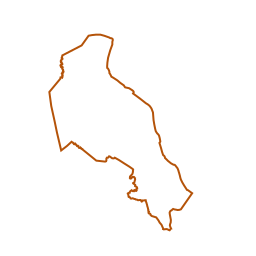 the district of Pakxane, Bolikhamxai, Laos, rotated 219°
{"feature_id": "54806243B37917799339304", "entity_name": "Pakxane", "entity_type": "district", "adm_level": 2, "iso_a3": "LAO", "parent_name": "Laos", "parent_adm1": "Bolikhamxai", "projection": "mercator", "projection_center": [103.742, 18.405], "detail": "fine", "context": "isolated", "style": "outline", "palette": "amber", "viewbox_px": 256, "rotation_deg": 219, "n_neighbors": 0, "source": "geoboundaries", "source_scale": "gbopen_adm2", "svg_char_len": 5140}
<svg xmlns="http://www.w3.org/2000/svg" viewBox="0 0 256 256"><g transform="rotate(219 128 128)"><path d="M36.7,70.8L36.8,71.3L34.6,73.6L33.6,74.1L32.1,74.4L31.3,74.7L31.3,75.6L31.4,76.9L31.3,77.0L32.8,77.7L34.2,78.7L34.7,79.6L35.4,81.5L36.8,83.5L41.6,87.6L42.5,88.6L42.7,89.4L42.8,90.3L42.7,90.7L42.4,91.2L42.3,91.4L42.2,92.7L42.0,93.5L40.8,93.9L39.2,94.8L37.8,95.5L36.6,96.7L35.7,98.1L37.1,117.7L42.3,117.4L43.2,117.0L48.4,118.7L51.6,119.9L54.4,121.2L55.8,122.1L57.7,123.6L60.1,125.3L61.2,126.0L61.8,126.5L63.5,127.5L64.3,127.9L67.8,128.7L68.2,128.7L68.6,128.7L68.8,128.6L69.5,128.1L72.4,127.6L76.5,127.6L77.9,127.8L80.4,128.0L80.9,128.5L81.9,129.0L82.5,129.1L83.7,129.1L86.4,130.8L89.7,133.2L94.2,136.2L94.2,136.9L94.3,137.7L95.0,138.4L97.0,140.1L99.1,141.6L99.9,141.9L100.6,142.1L101.5,142.1L102.7,142.4L104.4,143.0L106.3,144.4L109.7,147.2L113.1,150.2L118.4,155.8L122.0,157.9L123.6,158.4L125.3,158.8L127.6,158.8L129.6,158.5L136.8,158.4L144.0,158.1L145.8,158.0L146.0,159.3L146.4,159.7L147.2,160.0L148.7,160.0L152.2,159.6L152.8,159.3L155.8,157.8L156.7,158.0L158.0,158.5L162.5,158.2L166.2,158.3L170.9,157.8L172.4,157.6L173.1,157.4L175.2,158.4L176.3,158.8L176.9,158.9L178.1,160.2L179.3,160.9L180.9,161.6L182.0,161.6L183.1,162.9L185.2,165.9L187.7,170.1L190.7,177.2L192.7,183.0L194.4,185.1L195.2,186.9L196.1,187.5L197.2,187.4L198.3,186.7L199.6,186.5L204.4,184.8L208.3,183.1L211.4,180.6L214.5,177.5L216.7,174.9L216.0,163.0L224.7,143.1L224.0,141.9L223.9,141.1L223.7,140.8L223.6,140.7L223.6,141.1L223.4,141.1L223.0,140.8L222.6,140.7L222.4,140.4L222.6,140.1L222.7,139.8L222.7,139.7L222.5,139.3L222.5,139.1L222.6,138.9L222.5,138.7L222.6,138.4L222.4,138.2L222.4,137.9L222.2,137.8L221.8,137.8L221.7,137.7L221.8,137.5L222.0,137.3L221.9,137.2L221.7,137.2L221.4,137.0L221.4,136.8L221.3,136.7L220.8,136.8L220.3,136.9L220.0,136.9L219.7,136.7L219.7,136.1L219.3,136.1L219.2,136.1L219.2,135.9L219.4,135.7L219.4,135.2L219.8,134.9L220.0,134.6L220.0,134.3L219.7,133.9L219.2,133.9L218.9,133.8L218.6,133.5L218.5,133.4L218.3,133.6L218.1,134.1L217.7,134.1L218.2,133.4L218.1,133.2L217.4,133.2L217.3,133.3L217.2,133.6L216.8,133.5L216.7,133.3L216.5,133.1L216.3,132.6L215.9,132.5L215.2,132.5L215.1,132.4L214.7,131.7L214.1,131.6L213.8,131.5L213.5,131.1L213.4,130.8L213.5,130.6L213.8,130.6L214.0,130.3L213.8,129.9L213.3,129.7L213.4,129.4L213.7,129.3L213.8,129.1L213.8,128.8L213.7,128.6L213.2,128.6L213.0,128.4L212.7,128.3L212.6,128.1L212.2,128.1L212.0,127.9L212.2,127.5L212.1,127.2L211.6,126.9L211.5,126.7L211.1,126.6L211.0,126.3L211.2,126.0L211.0,125.7L211.7,125.5L212.2,125.0L212.3,124.9L211.8,124.0L211.6,123.8L211.8,106.5L201.5,96.8L189.2,87.0L180.4,79.8L165.8,68.5L164.1,75.7L163.2,81.8L161.9,81.8L161.5,82.0L161.0,81.8L160.7,81.9L160.3,81.6L160.1,81.5L159.8,81.7L159.5,81.6L159.4,81.7L159.5,81.8L159.4,81.9L159.1,82.0L159.2,82.3L159.2,82.6L158.7,82.5L158.4,82.5L158.2,82.5L158.1,82.3L158.2,82.2L157.9,82.2L157.2,82.3L156.9,82.2L156.3,81.9L156.2,82.0L156.1,82.4L156.0,82.5L155.9,82.6L155.6,82.5L155.4,82.6L155.3,82.4L154.6,82.2L154.4,82.0L154.1,82.1L153.7,81.8L153.5,82.0L153.2,82.0L153.0,82.3L152.8,82.4L152.5,82.4L152.2,82.5L151.8,82.7L151.7,82.8L151.8,82.9L151.7,82.9L151.3,82.5L151.1,82.5L150.5,82.6L150.2,82.9L149.9,82.7L149.6,82.8L149.4,82.7L132.1,82.7L124.6,87.5L124.1,88.4L124.4,89.2L125.2,90.2L125.6,90.7L125.7,91.7L125.2,92.0L124.8,92.5L124.9,94.1L124.2,94.4L121.3,94.5L120.2,95.2L119.7,95.8L119.6,96.6L115.0,97.4L108.5,98.1L102.7,98.8L98.3,99.1L97.8,98.9L97.7,98.8L97.7,98.6L97.2,97.8L97.1,97.6L96.9,97.5L96.4,96.7L95.9,95.6L95.7,95.2L95.7,94.2L95.7,93.6L95.8,93.3L95.9,91.6L95.2,90.5L95.0,90.2L94.6,90.1L94.3,90.2L94.0,90.5L93.8,90.8L93.7,92.7L93.4,93.1L92.9,93.5L92.6,93.7L92.1,93.7L91.2,93.2L90.9,93.3L90.8,93.1L90.0,92.4L89.9,92.2L89.8,91.9L89.8,91.7L89.4,90.9L89.0,90.2L88.9,89.9L88.9,89.4L89.1,89.0L89.4,88.5L89.3,88.3L89.2,88.2L87.6,88.3L86.9,88.4L86.7,88.4L86.3,88.2L86.2,87.9L86.1,87.5L86.0,87.3L85.6,87.3L84.1,87.6L83.8,87.6L83.2,87.2L82.8,86.8L82.7,86.7L83.1,85.8L83.1,85.6L82.9,85.4L82.0,84.9L82.0,84.6L82.0,84.3L82.1,84.2L82.4,84.0L82.7,84.0L83.6,83.9L84.0,83.8L84.1,83.5L84.1,83.4L84.0,83.2L83.5,83.0L83.5,82.8L83.5,82.7L83.9,82.5L84.2,82.2L84.6,81.9L85.2,81.7L85.5,81.7L86.0,81.9L86.4,80.6L86.4,79.9L86.3,79.5L86.0,78.9L85.9,78.7L86.0,78.6L86.6,78.1L86.7,77.8L87.0,77.0L86.9,76.8L86.1,76.6L85.9,76.5L85.5,76.0L84.9,75.6L84.6,75.2L84.2,74.9L83.9,74.9L83.5,75.3L83.1,75.3L82.7,75.3L81.7,74.9L81.3,75.0L81.1,75.2L81.0,75.3L80.8,75.4L80.4,76.1L79.9,76.4L78.3,76.9L77.7,77.3L77.0,77.3L76.5,77.6L75.9,78.0L75.2,78.1L74.7,78.2L74.4,78.6L73.7,79.3L73.2,79.7L73.0,79.9L72.7,80.0L72.3,80.0L71.9,79.8L71.6,79.5L71.3,79.4L71.1,79.4L71.0,79.6L70.9,79.7L71.0,80.6L71.1,80.8L71.0,81.0L70.2,81.5L69.9,81.8L69.7,82.2L69.4,82.4L68.8,83.0L67.7,82.1L66.3,81.3L65.9,80.9L65.3,80.6L64.4,79.9L63.7,79.3L63.0,78.9L61.9,78.1L61.6,77.8L61.0,77.4L60.8,77.3L60.7,77.0L60.3,76.7L60.1,76.3L59.5,76.1L59.1,76.2L59.0,75.9L58.9,75.2L58.6,74.9L58.1,74.8L57.7,74.8L57.2,75.2L56.9,75.3L56.2,75.1L56.0,74.9L55.9,74.8L55.7,74.6L55.4,74.7L54.6,74.5L54.0,74.6L49.8,76.3L46.0,75.3L43.9,74.4L41.1,73.9L37.4,72.0L36.7,70.8Z" fill="none" stroke="#b45309" stroke-width="2"/></g></svg>